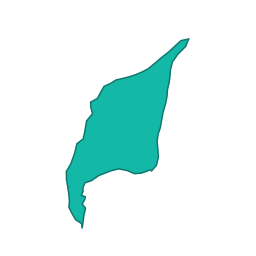 La Nya, Logone Oriental, Chad, rotated 218°
{"feature_id": "50815135B28220035440725", "entity_name": "La Nya", "entity_type": "district", "adm_level": 2, "iso_a3": "TCD", "parent_name": "Chad", "parent_adm1": "Logone Oriental", "projection": "natural_earth1", "projection_center": [16.579, 8.562], "detail": "fine", "context": "isolated", "style": "filled", "palette": "teal", "viewbox_px": 256, "rotation_deg": 218, "n_neighbors": 0, "source": "geoboundaries", "source_scale": "gbopen_adm2", "svg_char_len": 1094}
<svg xmlns="http://www.w3.org/2000/svg" viewBox="0 0 256 256"><g transform="rotate(218 128 128)"><path d="M83.0,108.7L82.6,116.2L86.3,124.0L92.3,130.6L96.6,135.1L100.4,141.5L102.8,148.3L105.6,153.5L109.8,161.4L113.6,170.8L117.0,177.4L120.4,182.3L123.8,189.6L127.2,195.3L130.5,200.2L133.7,207.5L134.1,216.8L132.8,227.8L135.0,235.5L140.1,229.4L141.2,222.6L142.8,212.8L145.2,203.1L146.4,197.0L148.6,187.1L151.0,181.6L154.6,175.0L158.3,169.5L163.2,163.1L167.0,158.5L169.3,152.1L172.5,146.1L171.7,140.4L170.3,132.6L173.4,125.3L169.8,121.2L164.8,117.5L165.0,108.1L159.7,98.3L156.6,91.7L158.6,84.2L154.5,75.2L151.0,64.7L149.8,55.7L144.6,49.4L139.2,44.5L133.3,38.8L129.1,34.2L125.7,29.1L119.7,26.2L112.8,23.5L105.6,24.1L102.3,20.6L104.7,24.8L108.9,31.9L112.1,38.7L117.3,39.9L117.4,40.6L117.4,40.8L118.0,45.0L119.3,47.6L123.2,46.1L124.4,50.3L124.5,50.5L125.7,51.9L126.8,53.1L128.1,58.5L124.5,63.7L121.7,72.7L115.1,83.7L110.2,90.0L102.5,94.0L94.7,96.0L89.3,101.2L88.2,103.0L86.8,105.2L86.5,105.6L86.3,105.9L84.9,108.7L84.7,108.7L83.0,108.7Z" fill="#14b8a6" stroke="#0f766e" stroke-width="1.5"/></g></svg>